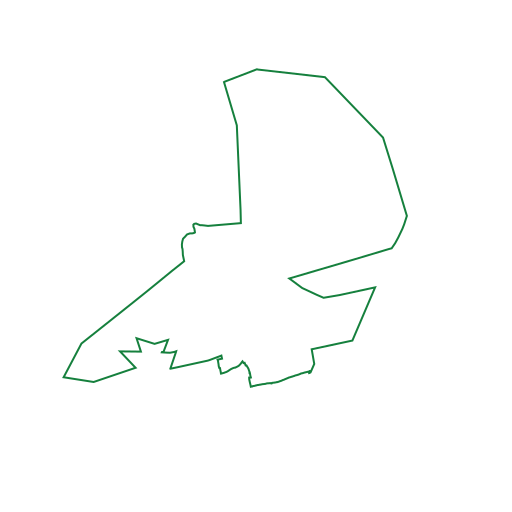 Al Amreia, Al Iskandariyah, Egypt, rotated 205°
{"feature_id": "37247803B92926604097979", "entity_name": "Al Amreia", "entity_type": "district", "adm_level": 2, "iso_a3": "EGY", "parent_name": "Egypt", "parent_adm1": "Al Iskandariyah", "projection": "natural_earth1", "projection_center": [29.737, 30.959], "detail": "fine", "context": "isolated", "style": "outline", "palette": "green", "viewbox_px": 512, "rotation_deg": 205, "n_neighbors": 0, "source": "geoboundaries", "source_scale": "gbopen_adm2", "svg_char_len": 4712}
<svg xmlns="http://www.w3.org/2000/svg" viewBox="0 0 512 512"><g transform="rotate(205 256 256)"><path d="M342.4,172.8L358.3,140.8L377.2,102.9L379.1,64.8L349.9,73.2L317.9,103.8L338.9,112.1L319.9,120.7L329.5,131.0L310.8,133.5L300.3,142.8L299.3,129.9L299.5,129.8L300.6,129.3L300.6,128.9L295.8,130.8L293.0,132.0L289.4,134.6L288.1,135.9L287.9,134.7L287.4,130.1L286.0,117.7L285.9,117.7L279.5,122.5L255.5,140.8L254.4,141.8L253.8,142.4L253.2,143.0L249.4,146.9L247.3,149.0L245.3,151.1L244.4,149.9L243.4,148.6L246.5,146.2L247.0,145.8L246.9,145.7L246.7,145.7L246.2,145.0L245.2,143.5L244.3,142.2L244.1,141.9L243.4,140.7L243.1,140.3L242.7,139.8L241.9,139.0L241.4,139.3L241.2,139.2L241.0,138.8L240.3,137.8L240.0,137.4L239.8,137.1L239.6,136.8L239.0,136.1L238.4,135.1L238.0,134.6L237.6,134.9L235.9,136.4L235.3,136.9L235.0,137.3L234.1,138.1L233.5,138.8L232.7,139.9L232.4,140.4L231.9,141.3L231.0,142.7L230.8,143.0L230.6,143.3L230.3,143.6L230.0,144.0L229.8,144.2L229.5,144.6L229.3,144.8L229.2,144.9L229.0,145.1L227.5,146.3L227.4,146.3L227.3,146.5L226.4,147.6L226.1,148.0L225.8,148.4L225.7,148.5L225.4,149.0L225.2,149.3L224.7,150.7L224.3,152.0L224.0,153.7L223.7,154.8L222.9,154.3L222.5,154.0L222.0,153.7L221.2,154.4L219.1,152.4L218.4,152.8L217.8,152.4L215.4,150.8L213.1,148.4L212.5,147.4L212.3,147.6L211.9,147.1L211.4,146.4L210.6,145.2L209.3,143.7L209.7,143.4L210.8,142.9L210.1,141.5L209.6,140.8L208.5,139.3L206.5,136.8L205.5,135.4L205.3,135.6L204.9,135.9L204.7,135.9L204.7,136.0L204.0,136.6L203.7,136.9L203.6,137.0L203.4,137.0L202.6,137.6L202.4,137.7L202.3,137.8L202.2,137.9L202.0,138.1L201.7,138.4L201.4,138.5L201.2,138.7L201.2,138.8L200.9,139.0L200.7,139.2L200.6,139.3L200.4,139.4L200.3,139.5L200.1,139.7L199.8,139.9L199.5,140.0L199.3,140.1L199.1,140.3L198.6,140.7L198.4,140.8L198.1,140.9L198.0,141.0L197.9,141.2L197.7,141.3L197.4,141.5L197.2,141.6L197.0,141.8L196.3,142.3L196.2,142.4L195.9,142.6L195.6,142.8L195.4,142.9L194.7,143.3L194.4,143.5L194.1,143.7L193.9,143.8L193.7,143.9L193.2,144.3L192.6,144.9L192.4,145.0L191.9,145.4L191.7,145.5L191.3,145.7L191.1,145.8L190.7,146.0L190.4,146.2L190.3,146.3L189.8,146.5L189.4,146.8L189.1,146.9L188.7,147.1L188.4,147.2L188.2,147.0L187.9,147.2L187.9,147.3L188.0,147.4L188.0,147.5L187.9,147.7L187.3,148.1L187.2,148.2L187.1,148.3L186.9,148.4L186.7,148.5L185.8,149.0L185.5,149.3L185.2,149.5L184.9,149.6L184.4,150.0L184.2,150.2L184.0,150.4L183.7,150.5L183.4,150.7L183.1,150.9L183.0,151.1L182.7,151.3L182.3,151.7L182.0,152.0L181.9,152.1L181.7,152.3L181.4,152.6L181.3,152.8L181.1,152.9L181.0,153.0L180.9,153.1L180.7,153.2L180.2,153.8L180.0,154.0L179.8,154.2L179.7,154.4L179.2,155.0L178.8,155.3L178.6,155.5L178.3,155.8L178.2,155.9L178.1,156.0L177.9,156.3L177.7,156.5L177.4,156.9L177.1,157.2L176.8,157.5L176.5,157.8L176.4,157.9L176.3,158.1L176.2,158.2L175.9,158.5L175.6,158.8L175.4,159.1L175.2,159.3L174.9,159.6L174.8,159.8L174.7,159.9L174.4,160.1L174.1,160.3L173.9,160.5L173.5,160.9L173.1,161.2L173.0,161.4L172.9,161.5L172.7,161.6L172.5,161.8L172.3,162.0L172.2,162.0L171.9,162.3L171.7,162.5L171.4,162.8L171.2,163.0L170.7,163.4L170.6,163.5L170.4,163.8L170.1,164.1L169.9,164.3L169.7,164.5L169.3,164.8L168.5,165.4L168.4,165.6L168.0,165.9L167.8,166.0L167.5,166.4L167.3,166.5L167.0,166.8L166.8,167.1L166.6,167.3L166.4,167.5L166.2,167.8L165.9,168.0L165.8,168.3L165.7,168.4L165.2,168.8L164.9,169.0L164.6,169.3L164.2,169.5L163.8,169.9L163.6,170.1L163.3,170.4L162.8,170.8L162.5,171.0L162.4,171.2L162.2,171.3L161.6,171.8L161.3,172.0L161.1,172.1L160.5,172.7L160.3,172.8L160.1,172.9L159.9,173.1L159.4,173.4L159.0,173.5L158.9,173.5L158.7,173.4L158.4,173.4L158.4,173.5L158.7,174.4L158.0,174.7L157.8,174.1L157.7,174.3L157.7,174.2L157.5,173.9L157.5,173.7L157.7,173.4L157.8,173.3L157.9,173.2L158.0,173.2L158.1,172.9L158.3,172.8L158.3,172.7L158.5,172.7L158.4,172.5L158.2,172.7L157.6,173.2L157.5,173.3L157.4,173.5L157.4,174.0L157.6,174.5L157.7,174.8L157.4,174.9L157.6,182.8L166.1,195.0L132.9,220.1L134.8,277.9L163.9,255.8L177.1,246.7L184.6,246.5L200.6,246.5L216.3,249.7L165.9,294.1L138.7,318.3L136.3,320.3L135.3,326.4L134.9,332.8L134.8,342.5L135.1,347.3L135.7,352.0L136.2,356.1L168.9,392.8L190.9,417.0L269.1,447.2L333.0,425.8L334.1,425.6L358.1,400.7L358.5,400.1L328.6,366.3L289.4,291.1L283.6,279.4L312.2,263.0L315.9,261.8L317.9,261.1L319.6,260.3L324.1,260.1L324.9,259.5L325.6,259.0L326.0,257.9L325.5,257.0L325.0,256.0L323.4,254.7L321.9,252.5L321.6,252.0L321.3,251.5L321.9,250.7L322.4,250.3L322.9,249.8L325.1,248.7L325.4,248.6L327.6,246.4L328.7,242.7L329.0,242.1L329.4,240.7L328.9,237.9L328.2,235.7L327.9,234.8L327.2,233.6L326.9,232.8L325.5,231.2L325.0,230.3L324.2,228.9L322.7,226.0L319.7,222.0L318.9,220.9L325.7,207.3L336.2,185.5L338.0,181.8L342.4,172.8Z" fill="none" stroke="#15803d" stroke-width="2"/></g></svg>